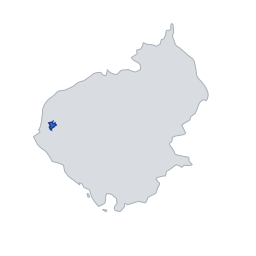 location of Serei Saophoan, Bântéay Méanchey, Cambodia, rotated 334°
{"feature_id": "14789045B91793328513154", "entity_name": "Serei Saophoan", "entity_type": "district", "adm_level": 2, "iso_a3": "KHM", "parent_name": "Cambodia", "parent_adm1": "Bântéay Méanchey", "projection": "albers", "projection_center": [102.937, 13.614], "detail": "fine", "context": "in_parent", "style": "filled", "palette": "blue", "viewbox_px": 256, "rotation_deg": 334, "n_neighbors": 0, "source": "geoboundaries", "source_scale": "gbopen_adm2", "svg_char_len": 3468}
<svg xmlns="http://www.w3.org/2000/svg" viewBox="0 0 256 256"><g transform="rotate(334 128 128)"><path d="M213.1,53.2L213.7,55.1L212.3,58.7L210.9,62.0L208.1,64.9L208.0,67.0L207.2,73.3L207.6,75.3L208.3,77.0L209.2,77.9L211.8,84.0L214.1,89.5L216.4,94.0L216.8,96.9L215.0,104.3L212.7,111.1L213.0,114.4L214.1,117.8L215.2,122.2L215.7,128.0L215.2,131.7L214.2,134.1L212.2,136.5L210.4,137.7L208.3,135.7L206.6,135.7L204.3,136.3L202.5,137.3L198.9,140.9L194.9,144.3L189.3,145.3L187.2,147.8L184.8,148.2L180.4,148.4L177.5,149.1L177.7,150.3L177.5,156.3L177.6,157.7L177.2,158.1L175.1,158.3L171.7,157.4L167.1,156.0L163.8,155.8L162.2,158.4L161.2,159.5L159.9,159.6L158.6,160.1L158.2,161.3L158.1,162.8L158.8,165.2L159.1,169.2L158.9,171.9L160.1,173.6L167.3,179.2L169.4,180.6L169.6,181.5L168.4,184.6L169.6,189.0L167.4,188.9L163.7,187.1L161.9,186.0L159.8,186.9L159.0,186.8L157.5,184.6L155.6,182.4L153.7,182.3L149.6,183.2L145.4,183.9L143.8,183.9L143.1,184.3L140.7,187.6L139.7,187.0L135.4,185.8L131.5,185.4L130.8,186.3L131.3,188.9L132.1,191.5L131.6,192.6L129.5,194.0L126.7,196.5L125.0,198.5L123.8,198.9L119.5,198.9L115.3,199.2L113.6,201.0L112.0,202.4L110.6,202.8L105.0,198.4L93.9,196.8L92.7,194.9L91.7,194.5L90.6,197.1L84.6,199.6L82.0,198.1L80.2,196.3L80.4,194.1L82.2,192.2L85.2,190.9L86.6,186.4L84.3,180.6L82.2,178.9L80.1,177.6L77.9,179.7L76.0,183.4L74.1,185.3L71.3,185.8L67.2,185.6L65.7,180.1L65.1,175.4L65.7,169.9L66.3,166.7L62.4,162.3L62.2,158.1L60.3,155.9L59.7,157.0L59.8,158.2L59.3,157.4L53.1,145.0L52.1,139.3L53.2,134.9L53.8,133.4L52.0,131.1L49.5,128.4L45.2,124.9L44.9,119.5L43.9,113.0L42.6,110.8L40.6,106.9L39.5,103.6L39.2,94.9L39.7,94.2L42.8,93.9L46.8,93.3L47.4,91.9L46.7,90.7L49.3,88.8L52.9,84.5L55.7,79.9L57.8,77.1L59.0,74.3L63.1,70.3L68.7,67.5L72.5,66.8L76.5,65.9L80.3,64.5L82.1,64.4L86.9,66.0L89.4,66.4L92.1,66.4L94.9,66.5L97.3,66.4L103.1,65.2L109.3,66.1L114.8,65.3L121.6,64.0L124.9,64.8L128.0,66.1L128.4,68.7L129.1,69.9L130.2,70.8L131.5,70.8L133.2,69.0L134.7,67.0L135.1,66.7L135.2,67.6L136.0,69.7L137.3,71.7L138.6,73.0L140.8,74.8L142.2,74.9L146.9,73.1L153.9,75.5L154.7,76.7L157.0,79.2L159.5,81.0L164.9,81.0L166.8,76.6L165.8,73.9L162.6,69.3L161.8,66.5L162.8,66.0L168.0,65.4L168.8,64.9L170.0,61.8L171.4,62.1L174.3,62.5L177.4,60.3L179.1,58.1L180.2,59.1L181.3,60.6L182.5,61.5L184.7,62.8L187.2,64.6L188.7,66.4L189.9,67.1L193.1,66.5L193.9,66.6L195.7,64.3L196.9,63.1L198.0,63.5L199.6,63.4L202.8,60.5L204.6,57.9L205.6,57.2L208.5,58.4L209.7,58.2L211.3,54.6L213.1,53.2ZM63.6,172.8L63.0,173.1L62.4,173.1L61.8,172.6L61.9,170.6L62.3,169.4L63.3,169.2L63.6,172.8ZM72.9,192.4L71.6,193.7L69.6,190.9L69.6,190.2L72.9,192.4Z" fill="#d9dde1" stroke="#a8b0b8" stroke-width="1"/><path d="M64.8,93.7L64.2,91.9L64.2,91.7L64.3,91.6L62.4,91.6L62.3,91.1L62.3,90.5L62.3,90.4L62.4,90.2L62.5,90.0L62.5,89.9L62.7,89.7L62.8,89.6L62.9,89.4L63.0,89.3L62.5,89.4L61.9,89.4L59.1,88.7L59.2,90.6L59.2,91.1L59.6,91.6L59.6,91.8L59.6,92.0L59.6,92.3L59.5,92.5L59.4,92.6L59.2,92.5L58.9,92.6L58.7,92.5L58.6,92.4L58.4,92.4L58.2,92.4L58.1,92.5L57.9,92.6L57.7,92.8L57.7,93.0L57.7,93.3L57.7,93.5L57.7,93.8L57.7,94.0L57.7,94.3L57.7,94.5L57.6,94.8L57.8,95.0L57.9,95.7L57.9,95.8L58.0,95.9L58.1,96.0L58.1,95.9L58.2,95.7L58.3,95.7L58.2,95.7L58.3,95.7L58.5,95.6L58.5,95.4L58.7,95.2L58.8,95.2L59.0,95.1L59.3,95.0L59.4,94.9L59.5,94.9L59.7,94.7L59.8,94.7L60.0,94.6L60.3,94.5L61.1,94.5L61.6,94.5L61.5,94.1L61.9,94.0L62.0,94.0L64.3,93.9L64.5,93.9L64.7,93.7L64.8,93.7L64.8,93.7Z" fill="#3b82f6" stroke="#1e3a8a" stroke-width="1.5"/></g></svg>